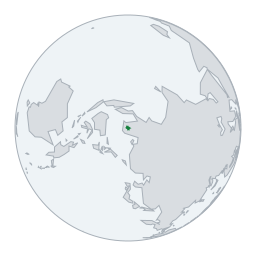 Krâchéh on an orthographic globe, rotated 136°
{"feature_id": "KHM-1793", "entity_name": "Krâchéh", "entity_type": "Province", "adm_level": 1, "iso_a3": "KHM", "parent_name": "Cambodia", "parent_adm1": "", "projection": "orthographic", "projection_center": [106.195, 12.682], "detail": "fine", "context": "on_globe", "style": "filled", "palette": "green", "viewbox_px": 256, "rotation_deg": 136, "n_neighbors": 0, "source": "natural_earth", "source_scale": "10m", "svg_char_len": 9756}
<svg xmlns="http://www.w3.org/2000/svg" viewBox="0 0 256 256"><g transform="rotate(136 128 128)"><circle cx="128" cy="128" r="113" fill="#eef3f6" stroke="#a8b0b8"/><path d="M231.9,165.0L231.8,165.8L231.7,165.9L231.9,165.0ZM180.2,28.2L180.5,28.5L184.5,31.0L180.7,28.9L190.7,35.6L193.6,38.9L188.1,33.8L185.7,32.4L186.5,33.7L184.3,32.6L183.4,32.7L180.7,31.3L177.7,28.8L175.9,28.0L176.6,29.1L174.3,28.6L173.6,27.1L169.5,26.3L163.7,22.9L164.0,21.4L158.6,19.6L157.8,19.4L165.5,21.8L173.0,24.7L180.2,28.2ZM232.2,85.3L232.1,85.1L232.0,84.7L232.2,85.3ZM187.8,33.2L187.1,32.5L188.6,33.7L187.8,33.2ZM183.8,33.0L184.7,33.6L183.8,33.4L183.8,33.0ZM178.9,31.2L177.3,30.9L178.4,30.8L178.9,31.2ZM176.0,30.5L172.1,30.1L173.7,31.3L166.8,27.9L172.4,29.2L173.6,28.7L174.3,29.6L176.0,30.5ZM163.6,26.2L162.2,25.9L163.1,25.8L163.6,26.2ZM155.9,18.9L155.7,18.8L152.3,18.1L151.7,18.0L149.3,17.4L154.7,18.6L155.9,18.9ZM147.1,17.0L145.8,16.8L147.9,17.2L145.5,16.8L144.3,16.6L143.8,16.5L143.0,16.4L142.9,16.4L147.1,17.0ZM137.6,15.8L137.8,15.8L136.8,15.7L137.6,15.8ZM140.8,16.1L138.8,15.9L139.1,15.9L140.8,16.1ZM144.2,16.7L148.3,17.4L144.2,16.7ZM136.5,15.7L137.1,15.8L136.2,15.7L136.5,15.7ZM141.8,16.4L143.2,16.5L143.3,16.6L141.8,16.4ZM137.1,15.8L136.4,15.7L137.5,15.8L137.1,15.8ZM139.2,16.1L138.3,15.9L139.8,16.1L139.2,16.1ZM141.6,16.4L142.2,16.5L141.0,16.3L141.6,16.4ZM133.5,15.8L132.3,15.5L134.7,15.6L135.5,15.8L133.5,15.8ZM39.2,58.7L39.1,59.0L38.3,60.3L34.9,64.8L30.8,73.7L33.8,70.3L33.7,76.3L35.9,77.9L43.1,69.2L39.4,66.3L42.4,61.5L48.1,59.9L51.8,63.1L53.1,61.3L53.7,56.1L57.6,53.8L54.3,54.1L53.4,56.2L51.3,56.5L52.0,54.7L53.3,53.9L53.1,52.4L46.7,57.3L45.1,59.9L42.6,59.1L39.7,63.5L37.9,65.0L42.2,58.1L44.1,55.9L49.5,48.4L47.3,50.4L42.0,57.9L42.3,56.9L39.2,60.3L41.8,57.0L48.1,48.9L47.9,48.8L58.3,39.5L58.2,39.6L61.7,37.2L61.7,37.6L67.4,33.9L68.1,33.8L64.6,35.9L62.1,37.8L62.6,39.5L64.0,39.0L67.6,36.7L67.3,37.7L70.7,35.2L73.2,35.6L73.1,33.2L77.4,31.0L81.2,30.0L82.6,29.0L76.4,30.6L74.0,31.8L71.9,33.3L65.2,36.7L64.1,36.8L71.1,32.1L70.3,31.9L76.1,28.7L89.2,25.3L92.5,25.6L88.8,30.5L85.6,31.4L85.3,30.0L81.6,33.2L83.8,32.0L83.5,33.0L87.6,31.6L87.6,32.2L91.4,29.8L91.9,30.5L89.4,32.0L95.8,30.9L97.9,32.2L99.3,31.7L100.3,30.8L102.3,33.3L103.3,32.9L103.0,31.8L104.7,30.3L108.6,28.7L109.1,29.7L107.7,30.4L105.7,33.5L102.1,35.5L102.7,35.8L106.0,34.3L108.4,30.4L110.6,29.2L109.9,30.9L110.3,30.2L111.6,29.9L113.3,30.7L114.3,28.8L127.2,25.9L131.8,27.4L129.7,29.0L139.3,29.1L143.7,31.6L143.4,30.5L147.8,30.3L146.5,29.5L146.7,29.0L157.4,29.1L160.3,30.1L164.6,29.6L164.4,29.2L162.5,28.3L166.8,27.9L173.7,31.3L173.7,32.1L178.1,34.1L177.4,35.8L178.9,38.4L175.6,39.7L177.0,41.9L178.6,42.4L181.7,46.1L182.8,52.5L175.1,44.8L172.2,36.5L172.8,39.5L170.6,38.2L169.6,39.0L170.2,41.4L171.5,42.0L162.1,44.1L159.5,50.8L164.6,50.9L167.7,53.5L169.3,63.0L159.5,75.4L163.6,80.4L163.9,83.5L160.2,85.1L159.8,80.5L156.1,78.6L156.5,76.0L150.5,77.6L150.7,74.0L145.9,77.3L147.7,80.3L152.9,80.0L148.7,84.9L154.0,90.5L154.5,97.0L145.5,107.9L136.4,110.9L135.8,112.9L132.3,110.3L127.4,114.1L134.0,126.5L133.8,130.0L126.0,136.0L125.8,133.4L116.4,126.4L114.5,134.6L121.7,142.0L124.1,150.2L118.6,147.3L116.1,140.1L112.7,137.4L113.7,130.2L111.1,119.4L105.5,120.9L106.0,116.6L101.5,107.5L93.5,109.5L80.7,119.3L78.8,130.0L74.5,134.3L69.6,117.7L70.0,107.2L66.5,107.6L62.9,98.0L51.7,94.9L51.6,92.1L49.1,92.8L46.8,89.3L47.2,84.7L45.1,84.4L44.3,96.4L46.8,96.9L50.9,93.4L50.1,97.6L52.5,102.1L44.5,110.3L30.3,115.0L31.4,106.8L33.7,83.2L35.0,81.1L35.2,80.8L35.3,80.3L33.0,83.7L34.2,79.3L30.3,94.9L28.5,101.4L30.1,115.4L29.3,116.5L30.6,119.7L37.7,118.9L37.2,121.6L32.3,132.8L24.7,146.6L27.1,158.5L29.1,168.1L27.5,172.6L31.0,180.4L30.6,182.0L32.8,186.2L34.4,189.9L35.9,192.8L35.7,192.5L31.4,185.9L27.5,178.9L24.2,171.7L21.3,164.2L19.0,156.6L17.3,148.8L16.1,140.9L15.5,133.0L15.4,125.0L15.9,117.1L16.9,109.2L18.6,101.4L20.7,93.7L23.4,86.2L26.6,78.9L30.3,71.9L34.5,65.1L39.2,58.7ZM53.1,71.7L57.0,73.6L59.7,67.3L61.5,67.6L61.7,65.5L59.9,66.8L61.3,61.2L64.6,60.4L66.4,58.0L65.1,57.2L58.9,59.8L56.9,67.6L54.1,69.5L53.1,71.7ZM72.4,30.0L72.6,29.9L71.3,30.7L70.8,31.0L68.5,32.3L62.0,36.8L59.9,38.3L60.1,38.1L72.4,30.0ZM89.4,22.2L88.5,22.5L89.4,22.2ZM125.6,15.4L125.0,15.4L127.8,15.4L125.1,15.5L126.1,15.5L124.3,15.8L120.0,16.1L121.4,16.2L120.2,16.6L116.6,17.1L117.8,16.6L113.0,17.6L112.5,17.2L112.0,17.4L110.2,17.4L107.1,17.8L107.4,17.6L106.1,17.8L104.9,18.0L103.2,18.3L103.1,18.2L101.0,18.7L102.2,18.4L98.6,19.3L101.2,18.6L109.2,16.9L117.4,15.9L125.6,15.4ZM134.5,15.5L134.0,15.5L133.9,15.5L132.7,15.5L133.6,15.5L132.1,15.5L132.3,15.6L130.6,15.6L132.9,15.9L127.8,16.0L125.0,15.9L129.1,15.4L128.6,15.4L130.0,15.4L134.5,15.5ZM39.6,58.9L39.4,59.5L39.5,59.8L37.6,62.1L39.6,58.9ZM43.8,53.4L41.2,56.4L41.5,56.0L43.8,53.4ZM46.2,50.9L44.1,53.1L45.4,51.7L46.2,50.9ZM64.9,35.8L65.3,35.9L64.5,36.5L63.2,37.2L64.9,35.8ZM102.3,21.1L103.4,20.5L104.1,20.5L107.9,19.5L108.5,19.8L106.5,20.6L102.3,21.1ZM41.2,70.3L39.2,71.5L39.4,70.4L40.1,70.2L41.2,70.3ZM37.3,66.5L37.1,68.5L36.8,67.1L37.3,66.5ZM103.7,21.3L105.1,20.8L104.6,21.3L103.7,21.3ZM109.2,20.1L108.9,20.6L109.1,19.8L109.2,20.1ZM82.9,223.5L85.3,224.8L83.8,224.6L82.9,223.5ZM38.2,170.3L40.4,185.9L37.7,184.9L35.0,179.7L32.7,169.9L35.1,168.2L35.6,164.1L38.2,170.3ZM152.6,170.0L155.9,170.6L155.8,171.1L152.6,170.0ZM149.0,168.2L152.9,168.5L148.4,169.3L149.0,168.2ZM154.4,168.6L158.4,167.7L160.1,166.9L159.7,168.0L154.4,168.6ZM146.4,168.1L132.1,167.3L126.4,165.7L127.7,163.9L136.9,164.9L146.4,168.1ZM127.3,163.8L118.6,158.0L106.8,141.7L111.0,142.3L123.4,152.5L122.6,154.1L127.8,158.6L127.3,163.8ZM148.3,155.2L147.4,160.0L139.5,159.2L135.9,158.3L133.4,151.9L134.8,148.8L137.8,149.1L149.2,138.8L153.2,141.6L149.7,146.0L153.0,150.4L148.3,155.2ZM79.3,131.1L81.5,137.9L79.2,138.7L79.3,131.1ZM153.8,131.5L149.2,136.0L153.4,129.9L153.8,131.5ZM156.3,125.7L156.6,128.1L154.7,125.7L156.3,125.7ZM135.7,116.2L132.6,116.5L132.5,114.9L136.5,113.4L135.7,116.2ZM154.9,102.6L154.8,107.5L154.2,109.1L152.8,106.1L154.9,102.6ZM111.5,25.9L105.5,26.7L101.6,28.0L100.1,29.7L99.6,27.9L105.6,25.9L111.5,25.9ZM125.2,25.7L126.5,24.6L127.7,25.1L127.6,25.4L125.2,25.7ZM124.8,25.0L123.1,23.7L124.9,23.1L125.9,24.2L124.8,25.0ZM113.1,21.9L111.3,22.0L111.8,21.5L113.1,21.9ZM205.7,207.7L205.9,208.1L202.7,211.1L198.7,214.4L195.8,215.8L205.7,207.7ZM180.3,217.5L181.2,214.3L185.1,213.8L182.6,216.7L180.3,217.5ZM208.4,205.2L211.3,201.9L213.4,198.2L211.8,201.5L212.9,201.1L206.6,207.7L208.4,205.2ZM168.8,204.5L146.9,210.9L142.3,210.0L143.9,207.2L140.6,198.4L142.1,198.6L141.7,192.7L154.8,187.5L164.4,177.6L171.3,178.3L176.7,171.0L183.6,171.5L181.3,177.3L188.0,181.0L193.6,167.9L196.8,181.6L201.0,186.2L201.1,194.5L189.9,209.0L184.4,211.9L183.7,210.7L181.3,212.2L178.2,211.8L177.3,207.4L174.9,208.8L177.6,205.4L173.9,208.5L172.7,205.6L168.8,204.5ZM217.5,178.1L218.3,178.4L219.2,180.6L218.0,180.3L217.5,178.1ZM229.9,168.3L230.0,169.4L229.3,169.8L229.9,168.3ZM231.7,165.9L230.9,166.6L231.9,165.0L231.7,165.9ZM222.8,169.6L223.1,170.4L222.7,170.8L222.8,169.6ZM222.5,169.4L223.1,167.9L222.9,169.3L222.5,169.4ZM219.2,162.4L219.7,161.6L219.9,162.2L219.2,162.4ZM160.9,170.8L165.7,167.1L168.2,166.9L160.9,170.8ZM218.5,160.9L217.2,160.9L217.4,160.2L218.5,160.9ZM218.7,159.2L218.6,158.2L219.3,160.5L218.7,159.2ZM216.2,157.0L217.8,158.8L216.0,157.3L216.2,157.0ZM215.2,157.4L214.1,156.6L214.2,156.3L215.2,157.4ZM201.1,159.5L205.6,165.5L201.8,165.5L197.6,161.8L194.0,165.4L186.1,165.0L188.0,162.7L187.0,159.3L178.6,157.9L177.0,155.6L180.0,154.2L174.4,152.3L180.5,151.4L183.0,156.0L186.4,152.4L192.2,153.3L197.8,154.7L202.1,158.1L201.1,159.5ZM180.4,161.5L181.5,161.5L180.5,162.9L180.4,161.5ZM211.8,154.2L213.5,156.4L213.3,156.9L212.4,156.6L211.8,154.2ZM203.2,157.3L207.9,153.3L209.0,153.3L205.8,157.8L203.2,157.3ZM206.8,150.9L209.0,151.3L210.1,153.5L209.6,154.1L206.8,150.9ZM168.0,157.1L167.7,158.4L166.1,157.3L168.0,157.1ZM170.0,156.4L174.9,157.8L169.6,157.4L170.0,156.4ZM155.2,151.5L156.7,154.6L161.2,152.8L157.7,155.5L160.8,160.5L159.7,162.4L156.7,156.9L155.6,162.4L153.6,162.3L152.5,157.5L154.5,151.7L156.6,149.4L164.7,148.6L155.2,151.5ZM170.0,152.7L168.7,149.1L169.7,146.8L171.1,148.7L170.0,152.7ZM164.9,140.6L161.4,136.4L158.3,137.9L164.5,132.4L166.8,137.3L164.9,140.6ZM161.9,131.6L158.9,132.9L161.9,129.7L161.9,131.6ZM158.2,131.5L157.8,128.7L160.1,129.1L158.2,131.5ZM163.4,131.7L163.9,127.0L165.1,129.8L163.4,131.7ZM156.7,122.4L161.8,127.1L155.3,124.9L154.8,115.8L157.5,115.7L156.7,122.4ZM170.8,87.2L170.0,84.8L172.4,84.3L172.3,86.1L170.8,87.2ZM179.6,81.5L172.8,83.4L167.2,85.4L169.1,86.5L168.0,90.6L165.1,86.7L168.8,82.3L173.1,81.7L173.5,78.3L176.5,76.3L175.5,72.2L176.7,70.5L178.9,74.1L179.6,81.5ZM174.8,70.5L174.1,63.6L178.8,64.8L180.0,66.6L178.4,69.2L176.0,68.3L174.8,70.5ZM175.3,62.4L173.0,61.6L167.1,51.9L167.0,50.3L174.0,57.8L172.2,57.6L172.8,59.9L175.3,62.4ZM162.8,26.4L162.3,26.0L163.5,26.5L162.8,26.4ZM145.9,28.6L146.3,28.0L147.8,28.5L145.9,28.6ZM148.4,26.8L146.5,26.6L148.3,26.3L148.4,26.8ZM142.2,26.5L145.6,26.4L142.7,27.1L142.2,26.5Z" fill="#d9dde1" stroke="#a8b0b8" stroke-width="1"/><path d="M129.1,129.2L129.0,129.3L128.9,129.4L128.7,129.4L128.4,129.4L128.2,129.4L128.1,129.5L128.1,129.4L127.9,129.4L128.0,129.4L127.9,129.3L127.9,129.2L127.7,129.2L127.8,129.1L127.7,129.1L127.6,128.9L127.4,128.9L127.2,128.8L127.2,128.7L127.2,128.4L127.1,128.1L127.0,127.9L127.0,127.7L127.0,127.4L126.9,127.3L126.9,127.2L127.0,127.2L126.9,127.2L126.8,126.8L127.0,126.9L127.1,127.0L127.3,127.1L127.5,127.1L127.7,126.9L127.8,126.7L128.0,126.7L128.3,126.5L128.3,126.8L128.4,127.0L128.5,127.0L128.4,127.1L128.4,127.3L128.5,127.4L128.7,127.5L128.8,127.5L128.7,127.7L128.7,127.8L128.4,127.9L128.4,128.0L128.3,128.3L128.5,128.4L128.6,128.5L128.8,128.7L128.8,128.8L129.0,128.8L129.1,129.0L129.1,129.2Z" fill="#22c55e" stroke="#15803d" stroke-width="1.5"/></g></svg>